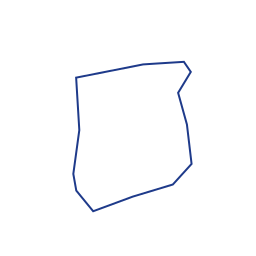 the border of São Miguel, rotated 219°
{"feature_id": "CPV-5047", "entity_name": "São Miguel", "entity_type": "state/province", "adm_level": 1, "iso_a3": "CPV", "parent_name": "Cabo Verde", "parent_adm1": "", "projection": "albers", "projection_center": [-23.646, 15.174], "detail": "fine", "context": "isolated", "style": "outline", "palette": "blue", "viewbox_px": 256, "rotation_deg": 219, "n_neighbors": 0, "source": "natural_earth", "source_scale": "10m", "svg_char_len": 336}
<svg xmlns="http://www.w3.org/2000/svg" viewBox="0 0 256 256"><g transform="rotate(219 128 128)"><path d="M102.7,41.4L128.8,46.8L141.6,57.9L164.5,95.7L200.0,134.5L156.3,186.9L147.2,195.3L126.2,214.6L114.5,211.1L111.2,186.9L84.4,167.8L56.0,140.1L57.6,112.3L81.1,77.7L102.7,41.4Z" fill="none" stroke="#1e3a8a" stroke-width="2"/></g></svg>